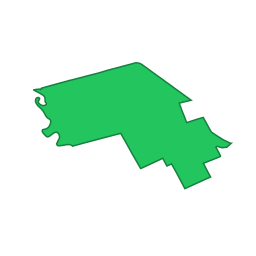 Salcioara, Ialomita, Romania (Robinson projection), rotated 228°
{"feature_id": "2599482B59110009090263", "entity_name": "Salcioara", "entity_type": "district", "adm_level": 2, "iso_a3": "ROU", "parent_name": "Romania", "parent_adm1": "Ialomita", "projection": "robinson", "projection_center": [26.933, 44.559], "detail": "fine", "context": "isolated", "style": "filled", "palette": "green", "viewbox_px": 256, "rotation_deg": 228, "n_neighbors": 0, "source": "geoboundaries", "source_scale": "gbopen_adm2", "svg_char_len": 4008}
<svg xmlns="http://www.w3.org/2000/svg" viewBox="0 0 256 256"><g transform="rotate(228 128 128)"><path d="M106.4,193.5L116.3,191.4L120.1,190.6L124.3,189.7L124.8,189.6L125.0,189.5L130.0,188.5L133.9,187.7L135.8,187.2L137.6,186.8L139.9,186.4L143.9,185.5L144.8,185.3L145.7,185.1L146.7,184.9L147.2,184.8L148.1,184.6L149.0,184.4L150.1,184.2L150.8,184.0L152.2,183.7L153.6,183.4L155.2,183.1L155.9,182.9L156.3,182.9L157.5,182.6L158.1,182.5L158.5,182.4L158.9,182.3L159.5,182.2L160.5,182.0L161.5,181.8L162.6,181.5L163.3,181.4L163.9,181.2L164.5,181.1L165.2,181.0L166.6,180.6L167.3,180.3L168.4,179.8L168.9,179.5L169.7,178.9L170.4,178.3L170.9,177.8L171.1,177.6L172.1,175.9L172.3,175.4L172.4,175.1L172.7,174.6L173.2,173.6L177.0,166.2L180.5,159.3L184.7,151.2L184.9,150.7L185.8,148.8L188.3,143.5L189.3,141.5L192.0,136.4L194.4,131.8L196.3,128.0L197.7,125.4L201.7,117.7L202.1,117.0L202.5,116.4L202.6,116.1L203.0,115.5L203.0,115.3L205.4,110.5L207.9,105.6L213.8,93.8L213.8,93.7L215.5,90.3L215.5,90.2L215.1,89.9L215.1,89.7L215.4,89.3L215.4,89.2L215.2,89.0L215.0,88.9L215.1,88.6L215.5,88.5L215.8,88.4L216.0,88.3L216.1,88.2L216.8,87.4L217.6,86.2L218.0,85.8L218.1,85.5L219.7,83.2L219.5,83.3L217.8,83.9L216.6,84.3L215.1,84.9L213.2,85.6L212.4,85.9L210.8,86.3L209.9,86.6L209.2,86.8L208.6,86.9L207.9,86.9L207.1,86.8L206.4,86.6L205.7,86.2L204.6,85.4L204.0,84.9L203.5,84.5L203.1,84.1L202.8,83.9L202.3,83.9L201.9,84.0L201.6,84.1L201.3,84.0L201.0,83.8L200.7,83.6L200.5,83.3L200.2,82.8L200.2,82.4L200.3,81.9L200.6,81.2L200.9,80.6L201.4,80.0L202.1,79.4L202.7,79.1L203.4,78.8L204.2,78.5L204.7,78.4L205.2,78.3L205.9,78.3L206.4,78.4L207.1,78.7L207.6,79.1L208.1,79.7L208.4,80.9L208.6,81.3L208.8,81.8L209.1,82.1L209.4,82.2L209.8,82.1L210.2,82.1L210.6,81.8L210.8,81.5L211.1,81.2L211.4,80.6L211.4,80.1L211.4,79.6L211.0,78.5L210.6,77.9L210.2,77.5L209.4,76.9L208.6,76.6L207.6,76.3L206.5,76.1L204.8,75.9L203.8,76.0L201.9,76.2L199.8,76.3L197.8,76.3L196.6,76.1L193.5,75.4L192.9,75.2L192.3,75.1L190.9,74.9L189.6,74.9L188.8,75.0L187.8,75.4L186.9,75.6L186.2,75.7L185.8,75.6L185.3,75.5L184.8,75.1L184.2,74.6L183.7,74.0L183.3,73.4L182.9,72.8L182.6,72.0L182.2,71.2L182.0,70.4L181.9,69.7L181.8,68.5L181.9,67.4L182.3,66.3L182.7,65.5L183.3,64.4L183.7,63.9L183.8,63.5L183.7,62.8L183.1,62.3L182.6,61.9L182.1,61.7L181.6,61.6L181.1,61.6L180.2,61.6L179.3,61.5L177.8,61.6L176.9,61.6L175.7,61.9L175.4,62.1L175.1,62.4L174.9,62.7L174.7,63.2L174.4,64.3L174.3,66.0L174.2,66.7L174.1,67.7L174.1,68.6L173.9,69.7L173.6,70.6L173.3,71.3L173.0,71.8L172.4,72.2L171.5,72.4L170.6,72.6L169.7,72.5L169.0,72.2L168.3,71.9L167.6,71.4L166.8,70.9L166.4,70.3L165.8,68.8L165.5,67.9L164.7,66.2L164.2,64.8L163.9,64.4L163.4,64.1L162.7,63.9L162.4,63.9L161.8,64.1L161.2,64.6L160.7,65.0L160.3,65.6L160.0,66.1L159.7,66.7L159.1,67.3L158.7,68.0L157.9,69.2L157.4,70.1L156.9,70.9L156.1,71.9L155.6,72.5L155.1,73.2L154.5,73.7L153.7,74.2L152.9,74.5L152.1,74.7L151.6,74.6L151.1,75.8L150.8,76.3L148.5,80.8L146.4,85.1L146.3,85.3L144.7,88.3L143.2,91.3L143.0,91.6L142.9,91.9L142.8,92.1L142.4,92.8L137.3,102.8L132.1,112.8L130.5,115.9L128.9,119.0L116.1,116.2L114.5,115.8L107.3,114.1L99.3,112.4L91.7,110.8L89.6,110.3L89.3,110.4L82.2,133.6L81.9,133.5L73.7,131.5L72.2,136.3L62.8,134.2L62.3,134.1L44.9,129.7L38.3,150.6L36.3,156.6L37.7,156.9L39.4,157.3L41.1,157.7L51.3,160.4L48.8,167.2L48.7,167.4L45.1,177.2L45.3,178.1L45.5,178.2L46.7,178.4L50.3,179.4L55.0,180.5L54.6,182.1L53.6,182.7L52.5,183.4L51.6,183.9L50.4,184.7L50.2,184.9L49.5,185.9L49.0,186.7L48.2,187.7L47.6,188.5L47.6,189.2L47.6,189.9L47.6,191.4L47.6,194.5L47.9,194.2L48.2,193.9L48.4,193.8L49.6,193.3L50.6,192.9L53.3,191.8L55.2,191.0L55.6,190.9L56.8,190.5L58.8,190.0L60.8,189.4L63.5,188.7L65.3,188.2L66.9,187.8L68.0,187.5L69.1,187.2L73.7,188.2L85.5,191.0L88.3,185.2L89.4,182.7L91.3,178.5L91.6,177.7L92.3,176.3L92.7,175.3L93.4,175.4L95.1,176.1L96.6,176.7L97.7,177.1L99.5,177.8L102.4,178.8L104.2,179.5L105.9,180.1L107.7,180.9L110.3,181.9L112.2,182.7L109.9,187.0L108.4,189.8L106.9,192.6L106.4,193.5Z" fill="#22c55e" stroke="#15803d" stroke-width="1.5"/></g></svg>